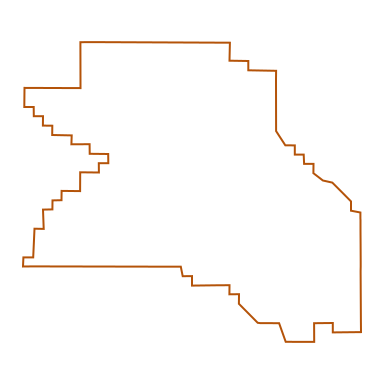 the district of Washington, Oregon, United States of America
{"feature_id": "52423323B3923941194406", "entity_name": "Washington", "entity_type": "district", "adm_level": 2, "iso_a3": "USA", "parent_name": "United States of America", "parent_adm1": "Oregon", "projection": "albers", "projection_center": [-123.085, 45.549], "detail": "fine", "context": "isolated", "style": "outline", "palette": "amber", "viewbox_px": 384, "rotation_deg": 0, "n_neighbors": 0, "source": "geoboundaries", "source_scale": "gbopen_adm2", "svg_char_len": 1095}
<svg xmlns="http://www.w3.org/2000/svg" viewBox="0 0 384 384"><path d="M304.4,341.9L314.2,341.9L314.1,323.2L332.8,323.0L332.8,332.4L361.0,332.1L360.9,321.5L360.7,287.6L360.7,286.4L360.6,271.2L360.7,266.5L360.7,263.2L360.6,244.3L360.5,230.3L360.5,229.3L360.5,220.0L360.4,218.4L360.4,212.5L351.0,210.7L351.0,201.4L341.7,192.0L332.3,182.6L322.9,180.5L313.4,173.2L313.5,163.9L304.1,163.9L303.7,154.6L294.8,154.6L294.8,145.4L285.3,145.3L276.1,131.1L276.0,80.0L276.1,70.8L248.3,70.3L248.3,61.0L229.5,60.7L229.9,42.7L90.0,42.1L80.4,42.2L80.5,88.1L24.5,87.9L24.3,107.0L33.7,107.0L33.8,116.2L43.0,116.2L42.9,125.6L52.3,125.7L52.2,135.0L71.7,135.4L71.4,144.3L89.6,144.2L89.7,153.8L108.2,154.0L108.3,163.2L98.8,163.2L98.9,172.5L80.2,172.3L80.1,191.1L61.6,190.9L61.5,200.2L52.5,200.4L52.4,209.4L43.0,209.6L43.7,228.9L34.5,228.7L33.2,257.4L23.4,257.4L23.0,266.5L32.7,266.4L180.3,266.7L180.8,266.7L182.7,276.2L192.0,276.1L192.0,285.6L215.5,285.3L229.5,285.2L229.4,294.3L239.0,294.2L238.9,303.8L257.7,322.8L260.1,323.1L279.1,323.2L285.7,341.8L304.4,341.9Z" fill="none" stroke="#b45309" stroke-width="2"/></svg>